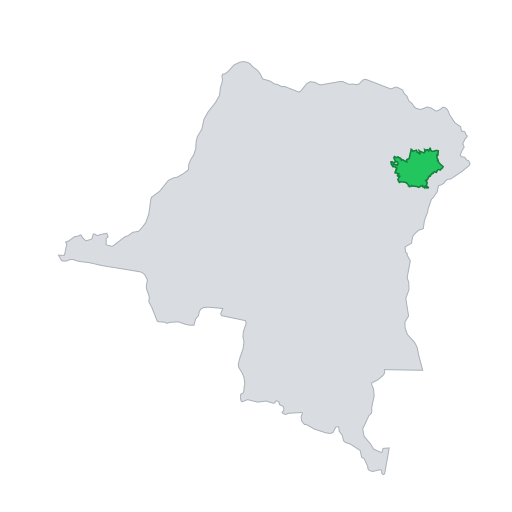 location of Mambasa, Orientale, Democratic Republic of the Congo, rotated 10°
{"feature_id": "63176286B5401694360976", "entity_name": "Mambasa", "entity_type": "district", "adm_level": 2, "iso_a3": "COD", "parent_name": "Democratic Republic of the Congo", "parent_adm1": "Orientale", "projection": "mercator", "projection_center": [28.693, 1.532], "detail": "fine", "context": "in_parent", "style": "filled", "palette": "green", "viewbox_px": 512, "rotation_deg": 10, "n_neighbors": 0, "source": "geoboundaries", "source_scale": "gbopen_adm2", "svg_char_len": 9045}
<svg xmlns="http://www.w3.org/2000/svg" viewBox="0 0 512 512"><g transform="rotate(10 256 256)"><path d="M440.0,339.6L402.2,345.6L402.9,347.8L402.6,350.1L401.6,351.8L397.7,356.6L392.0,360.9L392.0,362.0L394.9,366.8L396.7,373.5L396.2,385.2L397.0,388.4L396.9,390.9L394.9,393.6L391.1,407.8L393.7,414.7L401.2,421.1L405.6,425.9L413.0,427.6L414.2,427.4L414.6,423.4L420.5,421.9L420.5,447.3L420.1,448.7L419.0,449.1L417.6,448.2L417.1,445.8L415.6,444.8L408.4,447.9L406.5,447.8L404.5,447.3L403.1,446.0L402.7,444.0L397.6,436.6L395.1,436.1L392.3,429.4L380.9,424.6L376.6,424.2L374.3,422.7L372.0,417.5L368.3,414.1L367.4,410.4L366.6,409.8L364.3,410.6L362.4,416.5L359.8,417.9L355.1,418.0L343.5,416.3L335.2,413.3L333.0,413.5L329.7,410.7L328.3,406.2L329.1,402.7L328.4,402.2L315.7,405.1L312.7,406.9L309.8,406.4L308.9,405.5L310.2,403.1L309.6,400.5L308.6,399.3L304.9,398.3L303.7,395.5L301.4,395.1L300.6,395.5L300.1,397.4L298.7,398.0L291.1,397.1L283.2,399.6L272.7,398.9L267.7,401.9L266.9,401.8L265.9,400.3L264.9,395.5L265.4,394.2L267.0,393.3L267.5,391.3L267.0,386.4L267.4,385.2L266.8,382.4L265.3,377.8L263.1,374.1L258.3,368.6L257.4,366.0L257.7,359.8L259.3,349.9L259.1,342.6L257.2,337.9L256.7,332.8L258.0,323.7L256.8,321.5L232.8,320.7L231.8,320.0L231.3,318.8L232.4,313.4L217.8,314.7L213.4,315.8L210.7,318.0L209.8,320.8L209.7,324.7L207.5,328.5L206.9,334.9L202.9,335.6L198.8,335.6L191.0,334.3L183.4,336.1L179.7,337.8L177.7,337.0L170.9,337.7L170.0,337.2L162.2,324.5L158.8,320.3L158.1,318.2L158.4,316.3L157.4,313.6L153.8,307.1L153.1,304.1L153.3,299.4L152.9,297.8L149.6,293.7L147.5,292.4L145.1,291.7L105.9,292.2L93.0,291.5L83.5,292.0L78.7,291.7L77.4,291.1L73.1,291.9L70.8,293.6L67.4,294.5L65.3,294.2L61.3,289.5L66.8,288.7L67.2,288.2L67.6,277.0L66.1,275.4L69.1,273.5L73.9,268.5L78.5,266.8L79.1,265.7L80.1,265.8L81.8,267.9L85.8,270.6L90.8,268.2L91.4,267.5L92.0,262.7L93.2,262.3L95.4,263.3L96.6,263.3L98.7,262.0L105.1,259.5L107.0,262.6L105.3,265.4L106.0,267.4L106.2,270.5L107.2,271.1L112.2,271.5L113.7,270.7L123.7,259.7L126.3,258.4L130.5,254.1L136.0,252.1L138.4,248.6L141.6,242.4L143.1,233.6L142.6,218.2L143.0,216.1L149.7,209.2L156.6,196.7L161.3,193.4L164.8,192.0L170.2,187.5L174.5,182.8L173.9,177.3L174.9,172.7L177.2,166.8L178.0,160.6L177.2,154.1L177.5,148.8L180.7,140.3L181.0,130.5L183.8,122.3L189.5,111.8L192.2,104.1L191.7,96.4L192.5,90.8L192.2,87.4L191.1,84.6L191.6,82.7L193.8,82.0L196.5,79.1L201.3,71.6L206.5,67.9L210.2,66.7L214.0,66.8L216.4,67.5L220.4,70.5L225.0,72.8L228.4,75.8L231.8,80.4L239.9,81.4L243.4,83.0L245.5,83.6L246.3,83.2L248.0,83.5L251.8,84.8L254.8,84.1L269.9,87.1L271.6,85.6L275.8,77.7L278.9,75.0L284.0,74.7L288.1,76.2L290.2,76.2L308.6,69.5L311.0,69.1L317.7,70.8L322.1,69.7L323.9,70.0L327.6,68.8L330.7,64.1L333.3,62.9L359.8,68.1L363.8,65.6L365.7,65.3L371.6,67.1L373.4,70.0L377.0,72.5L379.5,76.6L383.4,78.9L385.4,81.1L387.7,82.7L392.6,83.2L398.7,79.5L403.0,79.9L407.3,81.9L408.8,81.8L412.1,79.6L413.8,77.3L415.5,76.8L418.1,77.8L420.2,80.0L422.0,83.1L428.7,90.2L435.1,93.2L436.7,97.5L439.0,97.1L440.2,97.5L441.8,100.3L443.0,100.8L443.2,101.9L441.6,104.5L440.1,109.4L442.1,112.5L440.4,116.9L439.6,121.4L441.6,122.6L444.3,122.5L446.8,124.9L448.7,125.2L450.7,127.8L450.3,129.8L443.9,137.2L434.4,146.3L431.2,147.4L429.6,149.1L428.4,151.7L425.7,154.0L423.5,154.9L423.3,161.4L420.1,168.2L418.9,169.6L417.2,180.6L417.5,182.6L415.7,191.6L416.0,200.0L411.4,202.6L408.3,206.8L406.9,209.6L406.9,216.5L401.7,220.7L401.3,221.6L402.7,226.4L404.5,227.2L404.6,228.8L408.8,234.0L408.6,250.0L408.8,251.6L411.0,255.4L412.5,262.6L410.9,271.8L416.7,288.7L414.1,295.0L415.3,300.9L418.8,307.1L426.9,313.3L429.0,315.8L431.1,319.2L433.0,324.5L440.0,339.6Z" fill="#d9dde1" stroke="#a8b0b8" stroke-width="1"/><path d="M384.2,158.6L384.4,158.7L384.7,158.6L384.7,158.3L385.1,158.1L385.2,157.8L385.3,157.8L385.8,157.9L387.1,157.6L388.9,157.6L390.7,157.4L391.0,157.6L391.5,157.8L391.5,158.1L391.8,158.1L392.2,158.3L392.5,158.6L392.9,158.8L393.0,158.9L393.2,159.2L393.6,159.5L393.8,159.8L394.1,160.0L394.0,160.5L394.5,160.5L395.2,160.5L395.2,160.8L395.2,161.0L395.6,160.8L395.9,160.6L396.2,160.6L396.4,160.5L396.7,160.5L397.0,160.2L397.2,159.9L397.3,159.9L397.3,159.7L397.6,159.9L397.9,160.0L400.2,159.8L402.2,159.6L402.9,159.7L403.7,160.1L404.1,160.2L404.4,160.1L404.6,159.7L405.2,159.6L405.6,159.1L405.7,158.8L406.3,158.6L406.4,158.3L406.5,158.3L406.9,158.1L407.6,157.8L407.6,158.0L407.8,158.2L407.9,158.4L408.0,158.2L408.1,158.4L408.2,158.5L408.4,158.6L408.7,158.9L408.8,159.0L409.4,159.0L409.6,159.3L410.1,159.6L410.0,159.0L410.3,158.4L410.3,158.1L410.6,157.7L410.9,157.6L411.0,157.6L410.9,157.9L411.2,158.2L411.0,158.5L411.0,158.8L411.6,159.0L412.0,159.4L412.3,159.3L413.1,159.2L413.6,159.1L413.9,158.8L413.8,158.4L413.1,158.3L412.7,158.0L412.3,157.9L412.2,157.7L411.9,157.4L411.7,157.5L411.3,157.1L411.6,156.8L411.8,156.4L411.8,156.2L411.7,156.0L411.8,155.5L411.8,154.8L412.0,154.7L412.1,154.8L412.0,154.5L411.8,154.4L411.8,153.8L411.4,153.5L411.1,153.1L410.8,153.1L410.7,152.9L410.6,152.6L410.4,152.4L410.3,152.1L410.2,152.1L410.6,151.6L410.6,151.4L411.1,151.4L411.4,151.3L411.4,151.0L411.6,150.9L411.6,150.5L411.9,150.3L411.9,150.0L412.0,149.6L411.9,149.1L411.9,148.9L412.2,148.7L412.4,148.4L412.4,148.2L412.7,147.8L412.5,147.7L412.7,147.4L412.9,147.4L413.1,147.5L413.3,147.4L413.1,147.1L413.3,147.1L413.4,147.4L413.7,147.3L413.9,146.9L413.9,146.6L414.1,145.8L414.1,145.5L414.7,145.1L415.1,144.7L415.1,144.3L415.0,144.1L415.4,143.8L415.7,143.7L416.2,143.7L416.3,142.9L416.8,142.1L417.2,141.9L417.6,141.9L417.8,142.2L418.0,142.3L418.5,142.4L419.1,142.3L419.0,142.1L419.4,141.0L419.5,140.8L419.7,140.7L419.7,140.4L420.0,139.8L420.0,139.7L420.4,139.4L421.0,139.1L422.4,139.4L422.7,139.3L423.3,137.9L423.6,137.8L424.4,136.8L424.6,136.4L424.7,135.7L424.4,135.4L424.5,135.3L423.6,134.8L422.4,134.1L421.4,133.4L419.1,131.5L419.1,131.2L418.7,130.8L418.9,130.8L419.0,130.6L418.9,130.2L418.7,130.1L418.4,129.2L418.2,129.1L417.9,128.9L417.8,128.7L417.6,128.4L417.5,128.2L417.0,127.6L417.0,126.9L416.8,126.9L416.7,126.7L416.7,126.4L416.9,126.4L416.6,125.1L417.4,125.2L417.8,124.9L417.7,124.6L417.4,124.3L417.4,124.1L417.5,123.9L417.3,123.1L417.5,122.7L417.5,122.1L417.2,121.1L417.2,120.7L416.8,120.7L416.5,120.8L416.2,120.8L416.0,120.6L415.5,120.7L415.0,120.9L414.6,120.9L414.0,121.2L414.0,121.3L413.5,121.5L413.3,121.8L412.9,121.9L412.8,122.0L412.6,122.1L412.2,122.1L411.8,122.2L411.0,122.3L410.7,122.2L410.4,122.1L410.3,121.9L410.1,121.7L409.8,121.7L409.7,121.2L409.1,120.0L408.9,119.6L408.5,119.8L408.4,119.9L408.4,121.4L408.3,121.7L408.2,121.8L407.8,122.5L407.3,121.7L406.8,121.4L406.7,121.5L406.2,121.5L406.2,122.0L405.9,122.0L405.7,121.8L405.1,122.1L405.1,122.5L404.9,122.7L404.6,122.2L404.4,122.3L404.2,122.4L403.9,122.2L403.6,122.0L403.8,122.6L404.0,122.8L404.0,123.1L404.2,123.3L404.3,123.5L404.2,123.6L404.3,123.7L404.0,124.1L403.8,124.8L403.6,125.2L401.3,124.8L400.1,124.5L399.8,124.6L399.6,124.6L399.5,124.4L399.2,124.5L399.1,124.4L398.3,123.9L398.4,124.2L398.6,124.5L398.9,124.7L399.0,124.9L399.2,125.0L399.2,125.3L399.3,125.4L399.6,126.0L399.8,126.3L399.6,126.5L399.7,126.8L399.4,127.0L399.2,126.7L398.9,126.6L398.5,126.6L398.4,126.4L398.1,126.3L398.0,126.2L397.7,126.0L397.0,125.8L396.8,125.8L396.7,125.4L396.4,125.2L396.3,125.3L396.1,124.7L395.9,124.4L395.8,124.1L395.7,123.9L392.2,125.6L391.6,124.7L391.0,124.2L390.4,123.9L390.2,123.9L390.3,124.3L389.9,133.3L389.7,133.7L389.0,134.0L387.7,134.9L387.7,135.2L387.7,135.3L387.7,136.1L387.9,136.7L388.2,137.1L387.5,137.1L384.3,135.9L383.4,135.7L383.1,135.7L382.6,135.9L382.6,136.2L382.7,136.4L382.6,136.5L382.2,135.6L381.8,135.0L381.5,135.3L381.3,135.3L381.1,135.0L380.7,134.3L379.4,134.3L379.0,133.8L378.7,133.7L378.0,133.9L377.6,134.5L377.3,134.7L376.2,134.4L375.8,134.2L375.3,133.9L375.2,133.9L375.0,134.3L374.7,134.9L374.7,135.4L374.8,135.7L375.6,136.8L376.5,137.8L376.4,139.3L376.5,139.5L377.0,139.1L377.6,139.0L377.8,139.0L378.0,138.7L378.5,138.8L378.8,138.7L379.9,140.1L380.0,140.5L379.8,140.9L379.6,141.3L379.2,141.3L378.7,141.5L379.1,141.8L379.2,142.1L378.7,142.0L377.5,141.8L377.2,141.7L376.9,141.5L376.7,141.4L376.4,141.5L376.0,141.9L375.8,141.9L375.3,141.8L375.3,141.5L375.4,140.7L375.1,140.2L374.7,139.9L374.1,139.7L373.9,139.6L373.7,139.5L373.4,139.6L373.1,139.7L372.5,139.9L372.6,140.3L372.8,140.8L373.2,141.1L373.3,142.1L373.4,142.3L373.5,142.5L373.9,142.7L374.3,143.2L374.8,143.6L375.0,143.8L375.1,144.2L375.6,144.2L375.9,143.8L376.1,143.9L376.1,144.1L376.3,144.2L376.6,144.2L377.0,144.2L377.7,144.1L377.9,144.3L378.2,144.4L378.5,144.6L378.8,144.8L379.0,144.9L379.4,145.0L379.0,145.9L379.1,146.2L379.4,146.5L378.8,146.9L378.8,147.2L379.1,148.1L378.5,148.7L378.5,149.8L378.8,149.7L379.1,149.9L379.2,150.0L379.4,149.9L379.8,150.0L380.2,149.9L380.5,150.2L380.8,150.4L381.0,150.4L381.3,150.2L381.7,150.2L381.9,150.3L382.1,150.2L382.5,150.3L382.2,151.1L381.3,152.3L381.5,152.6L381.9,152.7L382.0,152.7L382.4,152.8L382.7,152.8L382.8,152.8L383.3,152.4L383.5,152.4L383.6,152.6L383.8,152.6L382.9,154.3L382.5,155.5L382.6,156.0L382.5,156.3L384.0,158.3L384.2,158.6Z" fill="#22c55e" stroke="#15803d" stroke-width="1.5"/></g></svg>